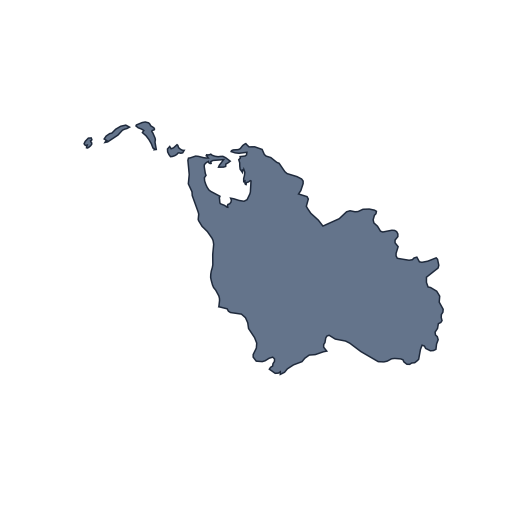 outline of Thessalia, rotated 203°
{"feature_id": "GRC-2900", "entity_name": "Thessalia", "entity_type": "Region", "adm_level": 1, "iso_a3": "GRC", "parent_name": "Greece", "parent_adm1": "", "projection": "robinson", "projection_center": [22.751, 39.565], "detail": "fine", "context": "isolated", "style": "filled", "palette": "slate", "viewbox_px": 512, "rotation_deg": 203, "n_neighbors": 0, "source": "natural_earth", "source_scale": "10m", "svg_char_len": 4762}
<svg xmlns="http://www.w3.org/2000/svg" viewBox="0 0 512 512"><g transform="rotate(203 256 256)"><path d="M270.4,194.7L270.4,194.9L272.2,200.9L273.2,202.9L274.6,204.7L279.7,208.8L282.7,210.4L284.7,212.3L288.0,216.5L289.4,218.6L290.5,221.5L291.3,224.8L291.7,228.3L292.3,231.0L296.4,240.4L299.5,250.2L301.5,253.4L303.3,255.1L310.3,259.5L317.2,262.2L322.5,266.0L322.9,266.4L323.5,267.1L325.1,272.2L326.7,274.2L338.3,286.7L340.0,290.1L346.5,296.0L349.3,304.9L356.1,317.5L356.4,319.7L354.9,320.6L350.6,324.4L348.0,325.2L342.8,326.0L340.2,326.7L338.2,327.6L338.9,328.0L339.5,328.4L340.1,328.7L341.0,328.8L341.0,329.9L339.8,330.2L338.8,330.8L338.0,331.4L337.4,332.1L335.7,331.6L332.7,331.8L329.6,332.6L327.6,333.8L325.4,334.8L322.2,334.6L316.8,333.2L318.1,330.9L319.7,328.8L318.9,326.6L320.7,325.1L325.2,323.1L325.2,325.2L323.4,332.1L333.0,327.1L334.5,325.2L333.5,323.7L334.3,323.2L335.6,323.3L336.3,323.6L336.8,324.4L337.7,323.4L338.7,321.6L339.2,319.7L338.5,317.9L335.0,312.3L333.5,310.7L334.1,307.9L332.6,305.0L330.2,302.3L328.0,300.3L325.4,298.5L323.0,297.8L312.5,296.9L312.4,296.3L312.6,295.5L312.2,294.7L311.6,293.8L310.2,291.1L309.4,290.3L308.4,290.2L304.8,290.3L301.7,289.6L301.0,289.8L302.0,291.3L302.0,292.5L300.6,293.8L300.1,295.8L300.5,297.8L302.0,299.3L298.8,300.0L293.4,300.5L288.4,301.7L286.2,304.4L285.9,310.8L286.2,312.8L289.9,323.1L290.8,323.1L291.8,321.3L293.6,319.7L293.0,317.9L293.7,317.8L294.8,318.9L295.5,320.8L296.4,319.7L297.6,322.4L298.1,325.6L299.0,328.7L301.1,331.0L301.0,330.2L301.5,330.0L302.0,329.9L301.4,328.7L301.1,327.6L304.5,329.7L306.1,332.5L307.4,335.4L309.5,337.9L308.7,339.9L308.9,340.4L309.5,341.3L305.2,343.7L304.2,345.3L304.9,347.9L311.8,343.9L315.5,342.8L319.7,342.4L319.7,343.4L318.5,344.7L314.1,346.9L312.9,348.0L312.3,349.2L311.4,352.5L310.7,353.7L309.8,355.0L309.3,355.5L308.9,355.3L308.1,354.9L305.1,353.7L299.9,356.0L292.0,356.5L288.0,352.7L285.7,351.9L280.8,352.4L273.4,350.3L271.0,350.4L262.4,344.9L259.6,344.0L249.3,345.1L244.1,344.7L241.9,343.4L240.9,341.0L240.3,333.7L241.1,329.7L232.2,330.6L230.1,328.9L229.1,321.4L227.0,319.8L222.2,316.7L212.7,313.4L206.1,309.7L194.0,322.8L189.9,332.1L187.1,334.4L182.1,335.4L179.4,336.8L175.8,340.8L170.0,343.5L164.9,344.5L162.6,344.2L162.1,341.8L162.9,339.7L162.3,335.1L160.4,332.5L155.8,330.9L151.1,327.5L148.7,327.6L141.0,332.8L138.4,333.7L136.1,333.4L134.0,331.7L133.0,329.3L134.2,325.0L133.2,322.5L128.8,320.1L128.1,313.2L127.1,310.8L125.0,309.1L113.4,311.9L110.6,313.7L109.8,315.9L107.5,317.8L103.3,314.5L100.8,315.0L95.8,318.4L89.4,324.7L87.6,323.9L84.1,318.9L83.7,316.1L90.8,303.1L88.8,298.3L85.5,294.7L83.0,295.2L75.9,294.2L71.2,290.8L69.3,285.1L62.9,280.1L62.0,277.3L62.5,274.6L61.5,271.8L59.5,269.2L59.9,267.0L61.7,265.0L60.6,260.3L61.4,255.9L59.9,253.4L57.6,252.6L55.6,250.1L55.4,245.5L53.9,240.4L55.7,238.3L58.4,236.9L63.7,237.2L65.8,238.9L68.3,238.8L68.1,234.2L65.9,224.4L66.8,222.3L68.2,219.8L70.9,218.3L72.2,216.3L74.8,215.3L78.5,216.3L80.2,217.9L82.7,217.8L88.3,215.9L91.0,214.4L94.2,210.4L96.9,208.5L102.2,206.5L122.1,209.0L135.6,212.4L140.4,212.7L150.6,210.5L157.7,211.6L159.4,210.1L159.8,207.9L158.7,203.2L159.1,201.0L158.1,198.5L153.7,196.1L156.5,194.2L162.9,188.4L168.3,185.6L171.1,181.0L172.4,176.7L178.9,170.5L183.0,164.4L184.3,160.1L187.4,156.5L188.4,158.9L189.7,156.9L192.5,155.5L199.5,157.0L199.1,159.2L197.7,161.2L198.3,163.6L197.8,166.2L198.8,168.6L201.1,169.4L203.9,167.1L206.7,163.1L209.0,161.2L214.7,159.3L219.1,161.8L220.1,164.2L219.7,171.4L221.3,176.1L225.4,180.3L234.5,186.3L237.5,191.3L241.6,195.1L246.7,196.8L257.4,194.0L259.8,194.4L261.9,196.1L269.0,195.0L270.4,194.7ZM400.6,329.9L399.2,329.1L394.9,325.0L394.0,323.6L393.5,321.4L389.4,315.1L391.3,314.0L391.4,314.9L391.8,315.1L392.3,315.0L393.0,315.1L396.2,318.4L400.0,321.3L404.2,323.7L408.8,325.2L408.3,327.7L410.9,328.1L414.6,328.0L417.3,328.8L417.3,329.9L412.9,334.4L410.3,336.1L407.0,336.6L405.7,336.2L403.7,334.7L400.1,334.1L399.0,333.2L399.1,332.2L400.6,331.0L400.6,329.9ZM436.7,312.8L434.7,317.9L431.2,322.6L427.0,325.6L422.8,325.2L424.6,322.9L426.5,321.4L428.1,319.6L430.3,313.4L437.1,303.1L439.4,301.5L439.3,302.1L439.2,302.7L439.0,303.3L438.5,303.9L441.5,304.4L440.8,307.9L438.5,311.5L436.7,312.8ZM368.9,325.2L367.4,324.8L366.0,324.6L364.6,324.7L363.4,325.2L363.8,322.3L365.4,321.2L367.2,320.9L368.0,320.3L368.6,318.5L370.0,316.6L371.9,314.9L373.5,314.0L375.7,315.3L378.0,317.3L379.3,319.9L378.2,323.1L376.1,321.5L374.2,323.3L372.2,327.6L371.2,327.3L370.0,325.9L368.9,325.2ZM456.2,291.1L457.5,291.7L458.1,292.2L458.0,294.8L456.4,299.0L453.8,300.3L452.5,298.9L452.7,297.8L453.3,297.4L452.8,296.6L451.4,295.9L450.9,294.7L451.3,292.9L452.1,291.2L453.2,289.6L454.3,289.4L454.6,291.0L454.7,292.2L455.3,291.7L456.2,291.1Z" fill="#64748b" stroke="#1e293b" stroke-width="1.5"/></g></svg>